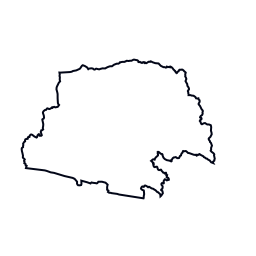 Ntchisi, Ntchisi, Malawi, rotated 111°
{"feature_id": "42251766B52093988372546", "entity_name": "Ntchisi", "entity_type": "district", "adm_level": 2, "iso_a3": "MWI", "parent_name": "Malawi", "parent_adm1": "Ntchisi", "projection": "mercator", "projection_center": [33.991, -13.273], "detail": "fine", "context": "isolated", "style": "outline", "palette": "ink", "viewbox_px": 256, "rotation_deg": 111, "n_neighbors": 0, "source": "geoboundaries", "source_scale": "gbopen_adm2", "svg_char_len": 5719}
<svg xmlns="http://www.w3.org/2000/svg" viewBox="0 0 256 256"><g transform="rotate(111 128 128)"><path d="M196.6,212.5L197.0,212.3L198.0,212.2L198.3,210.8L199.6,210.1L199.6,209.1L202.0,208.9L197.4,190.5L197.2,188.6L197.1,184.2L196.4,181.0L195.6,170.0L194.4,161.6L194.6,160.5L194.5,159.8L196.4,156.3L198.1,155.7L198.9,155.0L199.3,154.1L198.8,152.4L198.0,151.3L196.9,151.4L194.1,152.6L193.9,152.7L193.3,146.7L193.2,143.1L192.5,142.9L191.9,142.5L191.8,141.4L191.0,138.2L191.0,137.6L190.5,136.9L188.8,136.4L187.5,133.1L187.4,132.2L187.1,129.4L188.2,126.7L189.8,126.5L191.6,126.0L192.3,125.5L193.1,125.4L193.5,123.8L194.0,123.7L194.9,123.8L195.2,122.5L194.7,120.7L194.7,120.0L193.4,114.5L193.3,112.5L188.1,88.3L187.7,88.3L185.9,88.9L184.0,89.2L180.9,90.7L180.6,91.0L180.7,92.3L180.3,93.7L179.8,94.2L178.7,94.2L177.7,93.9L177.4,93.6L177.3,92.2L176.9,92.0L175.9,91.9L175.5,91.2L175.6,89.7L176.1,88.0L175.5,87.6L175.3,87.1L175.9,84.4L175.7,82.4L176.1,81.4L176.2,80.1L177.3,77.7L177.2,76.7L177.5,76.3L178.1,74.6L178.5,74.0L180.2,73.2L179.2,72.7L176.4,72.1L174.6,73.2L174.0,74.9L173.5,74.9L172.6,74.3L172.1,74.2L170.6,74.5L169.9,74.9L169.1,76.3L168.7,76.6L167.9,76.8L167.2,76.5L167.0,76.0L167.0,74.9L166.8,74.8L166.3,74.9L165.4,75.5L164.4,75.7L162.7,75.3L162.6,75.1L163.0,73.0L162.7,72.6L161.8,72.1L161.9,71.5L161.7,71.3L161.2,71.5L160.6,72.0L160.1,72.7L160.3,73.7L160.2,74.2L158.1,74.6L158.4,75.3L158.2,75.5L156.8,76.0L156.2,76.5L156.4,77.0L157.3,77.6L156.8,78.8L157.0,79.3L156.9,79.5L156.3,80.3L156.0,81.2L155.1,82.1L155.2,82.6L156.0,83.5L156.2,84.0L156.1,84.8L155.5,85.6L154.0,86.7L153.8,87.2L154.1,87.9L154.9,88.9L155.0,89.4L154.8,89.9L154.0,90.8L152.7,90.9L152.5,91.0L152.5,91.8L152.3,91.9L151.5,91.7L151.3,91.9L151.2,92.9L150.7,93.6L150.4,94.6L148.4,93.5L148.1,93.1L148.0,91.8L146.7,91.8L145.7,91.6L142.9,90.2L142.1,90.4L141.3,91.1L140.8,91.0L139.8,91.7L139.5,91.5L139.4,91.1L139.4,90.6L140.3,88.2L140.1,86.7L140.5,86.2L141.2,86.0L141.9,85.2L142.9,84.4L143.8,82.6L144.1,80.3L143.6,77.5L143.7,75.7L143.3,75.4L143.1,75.4L142.3,76.1L141.5,75.6L140.5,75.5L139.8,75.2L139.0,74.6L138.7,73.9L138.1,73.1L138.1,72.6L138.5,71.3L138.1,70.2L137.7,69.6L136.9,69.5L135.7,69.5L134.6,68.7L133.4,68.9L132.4,68.8L131.5,68.3L129.9,68.4L129.7,68.2L129.7,67.5L128.8,65.8L128.9,65.1L129.8,62.9L129.5,62.0L129.4,57.1L129.0,55.4L128.7,55.1L129.2,54.0L129.0,53.8L128.2,53.8L127.8,52.5L127.6,52.3L126.9,52.2L126.7,51.9L127.1,50.4L127.4,47.5L128.0,46.7L128.0,45.7L128.5,44.1L128.3,43.2L128.8,42.0L129.0,40.1L130.2,38.1L130.2,35.9L129.6,36.6L129.3,36.7L127.5,35.7L126.8,36.0L125.6,36.0L122.7,37.9L121.7,38.0L121.2,38.6L120.8,39.5L120.2,41.6L119.6,42.7L118.5,42.6L116.8,43.3L114.4,43.3L112.3,45.1L112.0,45.5L111.7,46.4L110.9,46.8L110.1,48.1L109.3,48.8L108.6,48.8L106.8,47.9L103.9,47.6L102.5,48.3L100.8,49.6L97.5,50.6L96.4,51.2L95.7,51.8L95.7,53.7L96.3,55.3L95.8,57.9L96.5,59.0L98.0,60.3L97.9,61.0L97.3,61.7L96.4,62.4L95.7,63.5L94.3,63.3L93.9,62.7L93.6,62.6L92.9,62.7L92.3,63.2L92.3,64.5L92.1,64.6L90.8,64.4L89.3,63.5L88.8,63.4L87.7,63.5L86.9,64.0L85.3,64.2L84.6,65.0L84.2,65.9L81.6,68.7L80.6,70.5L79.9,70.8L77.9,70.5L76.5,71.1L76.0,72.3L75.1,72.9L75.5,73.4L75.9,75.1L74.9,76.2L74.4,78.3L74.5,78.9L74.9,80.1L74.9,81.4L75.6,83.2L75.1,83.3L74.1,84.1L72.9,84.6L72.6,85.0L72.0,85.4L71.3,85.3L70.2,84.9L69.2,85.3L68.3,86.2L67.4,87.6L65.6,88.6L65.3,89.1L63.6,91.1L61.3,91.1L60.3,91.9L59.3,93.1L58.3,93.3L57.2,93.9L55.7,93.9L55.4,94.3L54.9,95.8L54.4,96.7L54.0,98.0L54.2,98.8L54.7,99.4L54.9,100.4L55.2,100.8L55.9,101.1L57.0,101.1L57.7,101.9L58.8,102.0L58.8,102.6L59.2,102.7L58.5,103.9L57.8,104.6L57.8,105.0L57.4,105.6L57.1,106.5L56.3,107.6L55.7,108.9L55.5,110.0L55.5,110.3L56.2,110.3L56.3,110.6L56.1,111.4L56.6,112.0L56.8,113.7L57.5,113.6L58.1,114.4L58.0,115.5L58.5,116.7L58.2,119.7L56.8,122.6L57.7,125.8L57.8,128.6L57.6,130.4L57.6,130.7L57.9,130.9L58.2,130.9L58.4,131.1L58.5,132.1L58.9,132.6L60.9,134.1L61.1,134.8L60.6,135.9L60.7,136.2L61.3,136.2L61.0,137.3L61.2,137.6L62.0,137.9L62.3,138.5L62.3,139.1L62.1,139.3L62.2,139.8L62.0,140.4L62.6,141.3L62.6,142.0L61.8,142.4L61.4,143.4L62.0,146.9L62.4,147.5L63.9,148.8L64.5,150.3L65.2,151.3L65.7,153.3L66.2,153.8L66.8,154.1L67.1,154.7L67.6,155.1L68.2,156.8L69.6,159.1L70.0,159.0L70.3,159.2L71.4,160.0L72.0,161.6L73.9,163.7L76.1,165.1L76.7,166.7L77.2,167.4L78.6,169.0L80.6,170.7L81.5,173.3L82.0,173.9L82.6,174.8L83.5,175.8L83.7,176.5L84.0,178.9L84.3,179.3L85.2,179.8L85.5,180.3L85.5,181.1L85.1,182.1L85.4,183.6L86.6,185.8L87.3,186.2L86.1,187.9L85.6,190.5L85.6,192.7L86.4,193.3L89.8,194.1L90.6,194.8L92.8,197.0L94.5,199.8L95.6,200.7L96.6,202.3L100.4,210.7L100.8,211.9L102.7,210.8L104.0,210.6L104.8,209.9L107.5,209.0L108.8,208.1L110.4,208.8L114.9,209.2L116.0,209.1L117.6,208.6L119.9,206.9L121.5,205.9L125.6,204.3L129.8,202.4L130.8,201.5L131.2,200.6L133.2,201.1L133.5,201.3L134.7,203.1L134.8,203.5L134.7,204.5L135.4,205.3L135.7,206.1L136.4,205.9L136.7,206.6L138.3,207.9L138.6,208.5L138.5,210.1L138.7,210.5L140.4,211.0L140.7,211.7L140.9,211.9L142.2,212.7L143.2,213.0L144.0,213.0L144.6,212.7L146.5,211.1L148.4,210.1L149.4,210.1L150.5,211.0L150.9,211.0L154.7,208.5L156.6,207.9L158.7,207.5L159.7,206.7L160.8,207.3L161.2,208.1L162.8,208.1L163.3,207.8L165.6,205.9L165.9,206.0L166.4,206.3L166.9,207.8L165.7,208.7L165.8,209.2L167.2,209.8L169.3,209.7L169.7,210.0L169.5,212.3L168.7,214.9L168.7,215.7L168.8,216.2L169.5,216.7L170.2,217.0L171.7,216.8L172.0,217.8L172.7,218.1L173.9,217.7L174.1,217.8L174.4,218.5L175.1,219.5L175.5,219.8L177.0,219.6L177.4,219.3L178.4,220.0L180.3,220.3L181.4,219.6L182.2,219.6L183.5,219.1L184.5,219.8L185.0,219.9L185.8,219.7L187.7,218.7L188.9,217.8L191.5,216.1L193.0,215.7L193.4,215.4L194.1,213.5L194.4,213.1L195.9,213.3L196.1,213.2L196.6,212.5Z" fill="none" stroke="#020617" stroke-width="2"/></g></svg>